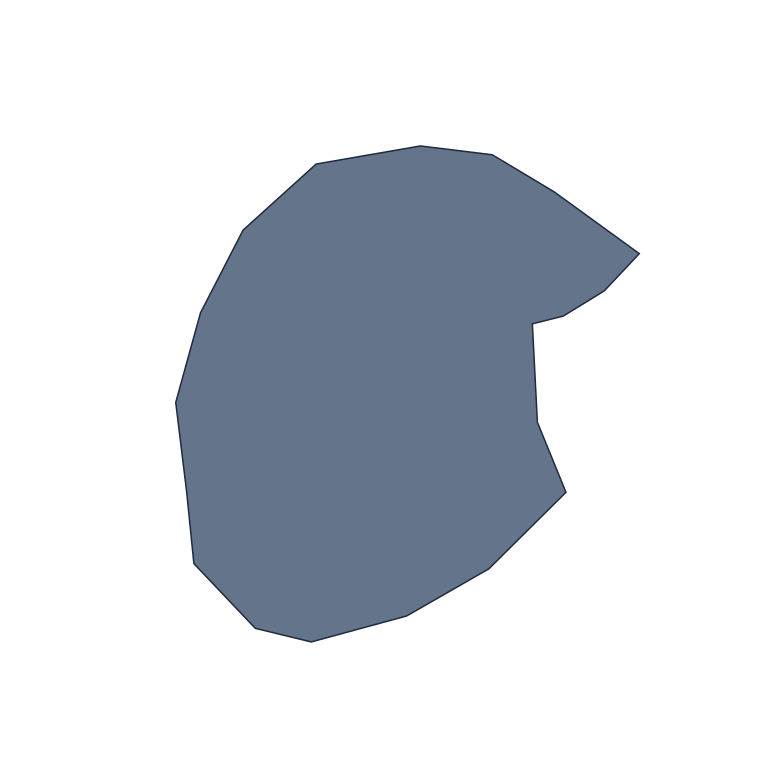 outline of Ville de N'Djamena, rotated 222°
{"feature_id": "TCD-4857", "entity_name": "Ville de N'Djamena", "entity_type": "Capital", "adm_level": 1, "iso_a3": "TCD", "parent_name": "Chad", "parent_adm1": "", "projection": "natural_earth1", "projection_center": [15.064, 12.118], "detail": "fine", "context": "isolated", "style": "filled", "palette": "slate", "viewbox_px": 768, "rotation_deg": 222, "n_neighbors": 0, "source": "natural_earth", "source_scale": "10m", "svg_char_len": 411}
<svg xmlns="http://www.w3.org/2000/svg" viewBox="0 0 768 768"><g transform="rotate(222 384 384)"><path d="M281.5,651.7L282.6,600.7L296.2,554.5L314.0,528.0L244.4,458.2L176.3,425.3L182.4,316.8L212.0,226.7L265.5,143.6L316.1,116.3L405.1,123.3L458.5,171.8L526.4,230.9L568.0,314.1L591.7,404.1L581.6,502.1L516.3,585.2L456.9,626.8L385.7,640.7L281.5,651.7Z" fill="#64748b" stroke="#1e293b" stroke-width="1.5"/></g></svg>